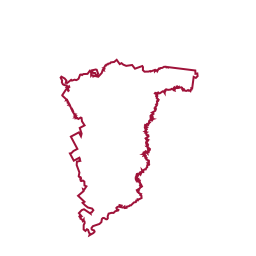 the district of Huimanguillo, Tabasco, Mexico, rotated 242°
{"feature_id": "50627088B79182131187687", "entity_name": "Huimanguillo", "entity_type": "district", "adm_level": 2, "iso_a3": "MEX", "parent_name": "Mexico", "parent_adm1": "Tabasco", "projection": "albers", "projection_center": [-93.695, 17.762], "detail": "fine", "context": "isolated", "style": "outline", "palette": "rose", "viewbox_px": 256, "rotation_deg": 242, "n_neighbors": 0, "source": "geoboundaries", "source_scale": "gbopen_adm2", "svg_char_len": 5824}
<svg xmlns="http://www.w3.org/2000/svg" viewBox="0 0 256 256"><g transform="rotate(242 128 128)"><path d="M147.2,214.4L162.7,192.3L162.5,191.8L163.4,191.3L163.5,190.3L164.3,190.2L165.1,188.6L165.0,186.5L165.8,184.5L165.3,183.7L166.0,183.0L164.4,180.5L165.4,180.5L165.5,179.4L165.9,179.9L166.2,179.5L165.7,178.4L166.7,178.8L167.3,174.4L167.9,174.3L168.2,172.6L170.0,169.0L172.1,168.3L174.7,169.8L176.0,169.7L177.1,162.0L181.7,161.2L183.7,155.6L186.1,153.6L188.3,152.7L188.3,150.7L193.5,150.0L192.8,146.8L194.0,143.6L193.5,142.5L194.1,140.6L193.6,140.0L194.1,138.8L193.5,137.9L193.9,137.5L192.8,135.6L192.1,135.4L192.4,134.4L191.3,134.7L191.1,133.6L190.3,133.6L191.0,132.8L188.9,130.6L187.2,125.8L187.9,125.0L188.3,125.9L188.9,125.6L189.6,126.2L190.0,127.1L194.1,127.7L194.8,127.0L195.9,123.1L193.1,122.9L192.0,124.7L189.2,124.4L189.0,123.9L189.5,123.6L189.8,121.5L190.9,121.8L191.8,120.7L191.6,120.1L194.3,121.5L196.4,121.0L194.8,117.7L196.6,113.8L196.3,112.3L197.3,111.7L197.5,110.7L194.7,107.5L194.5,106.0L194.6,104.7L195.7,103.6L196.2,100.7L197.2,100.4L196.3,95.5L197.1,94.2L198.8,95.9L201.5,95.3L204.6,93.3L204.1,92.2L200.8,92.1L199.5,91.1L197.2,91.0L195.8,91.9L194.4,93.9L193.5,93.8L193.1,93.1L192.3,94.6L192.5,95.5L191.7,95.4L191.4,93.4L188.9,93.2L188.8,92.7L191.3,92.6L191.3,91.7L187.8,85.3L187.2,85.3L181.9,87.1L181.6,86.6L181.4,87.4L179.3,86.8L179.6,87.4L176.7,87.4L176.5,87.0L176.4,87.4L176.3,87.0L176.2,87.4L176.2,87.0L175.5,86.9L175.5,87.4L171.6,87.0L171.5,87.5L170.3,87.5L170.3,87.0L169.5,86.9L169.5,87.4L168.3,87.4L168.0,86.9L165.7,87.0L165.6,87.4L165.5,86.9L165.4,87.4L164.5,87.0L164.4,87.4L164.2,87.0L163.4,87.4L163.4,87.0L163.0,87.4L162.7,86.7L162.6,87.4L162.0,86.7L161.3,87.4L161.0,86.7L160.4,87.9L159.3,88.4L159.4,91.2L158.7,91.7L155.5,90.5L150.7,90.9L150.7,85.4L144.8,84.4L142.8,82.6L147.2,82.6L147.2,73.5L133.3,73.5L133.3,69.0L132.4,66.3L132.8,64.8L124.6,64.8L124.6,71.1L123.5,71.0L123.6,70.5L121.4,70.4L122.3,67.1L119.4,65.3L111.5,64.2L108.5,61.8L107.6,62.0L106.9,63.0L105.8,63.0L105.2,62.7L105.3,61.9L103.5,61.5L102.9,62.2L102.8,63.5L101.2,64.3L97.7,62.6L96.0,63.9L94.0,60.2L95.0,59.6L93.1,59.1L91.6,52.1L83.3,54.9L83.2,52.8L79.9,53.8L76.6,55.3L73.7,58.5L71.7,58.8L70.6,56.4L70.8,54.9L70.0,54.7L76.9,51.0L77.2,48.6L75.9,44.7L73.0,45.3L73.4,44.9L72.7,43.5L71.8,43.7L71.4,44.5L70.3,43.5L68.6,44.5L67.2,44.4L67.9,45.8L66.7,45.2L65.9,45.7L64.4,45.1L63.1,43.3L59.2,41.2L57.1,42.1L57.9,44.2L56.8,44.9L53.7,44.4L52.6,44.8L51.4,43.6L51.5,48.1L52.1,49.8L53.4,50.0L55.1,48.5L56.0,48.4L56.9,48.9L57.8,51.0L56.7,57.7L57.4,60.3L59.9,62.2L60.3,63.5L59.9,64.5L57.6,65.9L57.3,66.8L57.8,67.8L59.6,68.6L61.5,70.7L60.8,73.7L59.8,75.4L60.5,77.7L59.8,80.7L60.2,81.1L61.8,80.0L62.9,80.2L63.3,81.6L62.8,83.4L63.9,84.3L62.5,85.9L61.6,84.4L60.0,86.3L60.3,88.1L58.8,87.7L58.2,89.3L59.1,90.0L58.5,92.3L58.8,93.4L58.3,94.2L59.5,98.3L58.9,100.1L60.1,101.3L59.5,102.7L60.5,103.1L59.9,104.1L59.8,107.1L61.8,108.0L63.1,107.4L63.6,108.5L65.5,107.0L67.2,107.6L67.2,106.5L69.0,106.6L69.0,107.1L68.1,107.1L68.2,108.6L69.1,108.7L69.1,110.0L69.8,110.9L69.7,111.8L70.9,111.7L70.3,112.9L72.0,113.0L72.1,112.1L73.9,112.9L74.5,112.5L75.9,113.6L76.2,113.0L75.5,113.0L76.1,111.8L77.3,114.0L77.3,112.0L78.2,113.0L78.6,111.8L77.6,111.6L77.9,110.7L79.5,110.9L80.0,112.5L81.0,111.9L81.4,112.7L81.0,113.5L81.9,114.1L82.5,113.5L83.2,114.2L82.9,115.8L82.7,114.8L81.5,114.9L82.7,116.9L81.0,117.2L81.8,118.2L83.0,118.6L81.9,120.8L82.3,121.0L82.9,120.2L84.2,120.6L83.3,120.8L83.7,123.3L83.1,124.2L84.4,125.9L84.4,126.6L86.0,127.4L85.9,128.4L87.0,128.6L85.8,129.3L86.1,129.7L88.1,129.7L88.9,130.2L88.5,130.7L89.4,131.1L91.6,129.4L92.7,130.3L93.3,129.3L94.9,129.6L95.2,130.1L94.6,130.4L95.1,130.7L95.9,130.2L96.2,129.0L96.9,130.1L97.7,129.1L97.6,129.7L98.2,129.3L99.0,130.2L98.1,130.9L98.9,131.5L99.1,132.4L98.2,132.3L98.3,133.3L97.5,132.8L96.5,133.2L97.8,133.6L97.0,134.9L97.6,135.3L97.9,134.9L98.2,136.6L99.0,137.4L100.0,136.8L99.1,136.5L99.9,135.7L101.1,136.0L100.9,136.8L102.9,136.0L102.6,136.8L103.2,137.3L103.4,136.7L103.9,137.8L104.7,137.8L104.5,137.1L105.0,137.4L105.4,136.8L106.3,137.4L107.0,136.3L106.6,137.5L107.5,138.2L107.1,138.9L107.7,140.1L108.3,140.1L109.6,138.7L109.9,138.8L109.5,139.5L110.6,138.9L110.9,142.1L112.1,142.5L112.5,142.0L112.3,141.5L113.5,141.0L114.7,141.8L115.3,141.3L115.4,142.2L115.9,141.5L116.3,141.9L116.9,141.4L116.8,142.4L117.7,142.4L118.3,144.9L118.2,143.8L119.3,142.9L120.7,143.1L119.9,143.4L119.8,144.5L120.5,143.9L120.7,144.6L121.2,144.0L121.5,144.8L123.2,144.0L121.6,146.1L121.9,147.3L122.5,146.5L122.7,146.8L122.4,147.6L121.7,147.7L122.4,148.3L122.7,149.8L123.4,149.4L124.2,149.9L124.7,151.4L123.3,152.6L123.8,153.5L124.6,152.4L124.2,154.4L124.9,153.6L125.9,154.3L125.9,154.9L127.6,155.3L128.0,155.1L128.0,154.7L127.8,154.9L126.7,152.9L127.8,153.4L128.7,154.8L128.5,157.1L129.5,157.4L130.3,156.7L130.4,160.1L131.5,161.4L131.8,161.2L131.5,160.6L132.6,160.6L133.0,160.8L132.9,161.9L134.4,162.1L133.8,162.3L134.4,164.0L135.6,163.9L135.6,165.2L137.8,166.0L137.7,167.3L138.3,168.0L138.8,167.1L139.8,168.0L140.9,167.4L141.6,168.0L142.8,167.7L143.4,168.2L142.9,169.0L144.1,169.3L145.9,168.0L146.2,168.6L144.7,170.0L145.3,170.5L145.1,171.4L144.1,171.3L143.7,172.6L144.1,175.8L143.0,176.7L141.8,176.8L143.9,177.8L144.0,178.5L143.2,178.5L144.2,179.9L142.9,181.2L141.9,183.7L142.1,184.8L141.3,185.5L141.4,186.5L139.9,186.1L139.4,186.6L140.5,186.7L140.1,187.5L140.6,187.9L140.9,187.2L141.9,187.3L142.2,188.1L141.1,188.5L140.4,189.8L141.8,190.4L141.7,191.0L140.3,191.6L140.3,192.1L139.6,191.7L138.9,194.2L138.1,194.7L137.1,194.2L136.6,194.9L136.3,194.1L135.2,194.2L135.2,195.6L134.1,195.9L133.3,197.1L133.3,198.8L132.6,198.9L132.5,199.7L131.2,200.4L132.2,201.4L132.1,202.0L133.4,202.6L132.9,203.3L142.3,210.0L140.4,211.4L141.1,213.8L143.6,214.8L144.2,213.0L147.2,214.4Z" fill="none" stroke="#9f1239" stroke-width="2"/></g></svg>